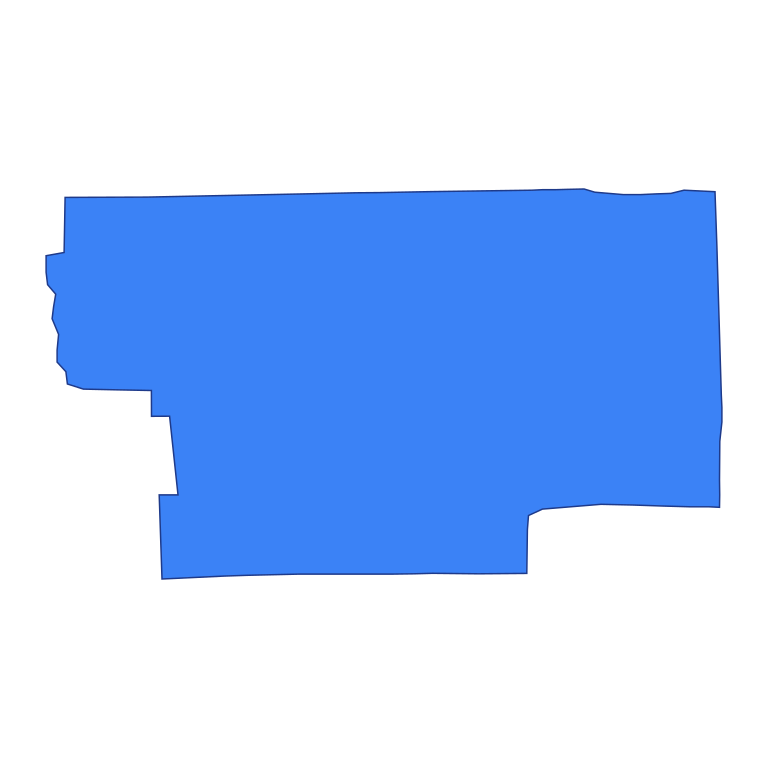 the district of Garibaldi, Rio Grande do Sul, Brazil
{"feature_id": "56859067B56805786967083", "entity_name": "Garibaldi", "entity_type": "district", "adm_level": 2, "iso_a3": "BRA", "parent_name": "Brazil", "parent_adm1": "Rio Grande do Sul", "projection": "orthographic", "projection_center": [-51.585, -29.246], "detail": "fine", "context": "isolated", "style": "filled", "palette": "blue", "viewbox_px": 768, "rotation_deg": 0, "n_neighbors": 0, "source": "geoboundaries", "source_scale": "gbopen_adm2", "svg_char_len": 898}
<svg xmlns="http://www.w3.org/2000/svg" viewBox="0 0 768 768"><path d="M146.8,197.1L65.1,197.4L64.1,252.5L46.1,255.7L46.1,272.2L47.6,284.7L55.7,294.2L53.6,306.7L52.1,318.7L58.6,334.4L57.1,350.1L57.1,362.1L65.9,371.7L67.4,384.0L83.4,389.1L115.7,389.8L151.4,390.5L151.5,416.3L169.6,416.2L178.0,494.9L159.2,494.9L162.0,579.0L223.4,576.1L247.1,575.3L299.1,574.1L325.6,574.1L361.3,574.1L392.5,574.1L413.9,573.8L432.5,573.3L478.7,573.8L526.8,573.4L527.4,529.5L528.5,515.5L542.4,509.1L601.0,504.3L632.5,505.0L662.0,506.0L690.4,506.8L709.2,506.8L719.5,507.3L719.7,494.8L719.5,479.8L719.8,441.3L721.9,422.0L721.9,407.5L721.3,394.7L716.9,246.4L715.0,191.7L684.0,190.2L670.9,193.4L656.2,193.9L640.8,194.6L623.2,194.6L594.8,192.2L584.1,189.0L566.1,189.4L555.6,189.7L542.5,189.7L532.1,190.2L432.5,191.6L379.2,192.6L355.7,192.8L309.0,193.8L146.8,197.1Z" fill="#3b82f6" stroke="#1e3a8a" stroke-width="1.5"/></svg>